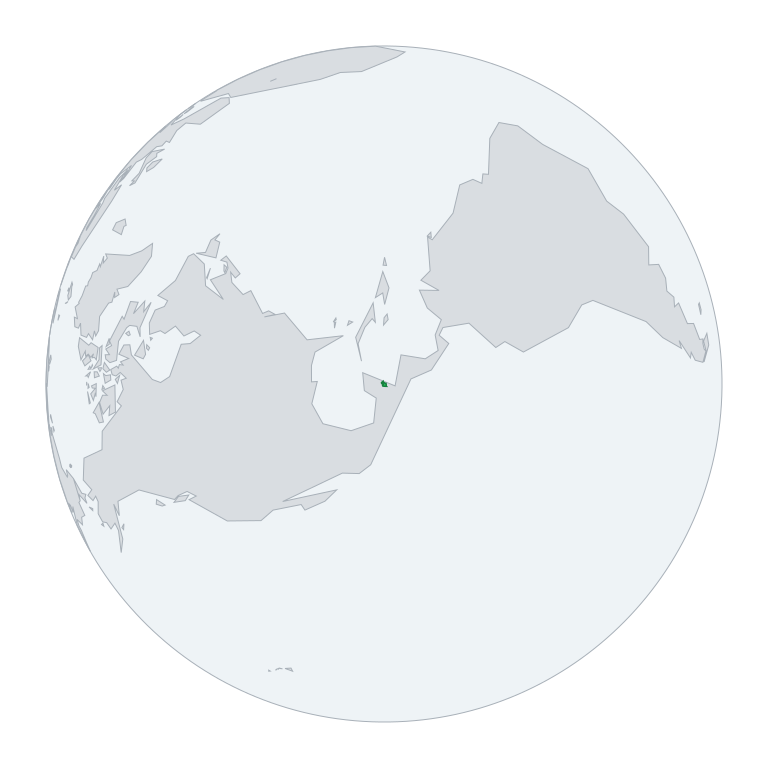 globe centered on Orange Walk, rotated 275°
{"feature_id": "BLZ-1326", "entity_name": "Orange Walk", "entity_type": "District", "adm_level": 1, "iso_a3": "BLZ", "parent_name": "Belize", "parent_adm1": "", "projection": "orthographic", "projection_center": [-88.77, 17.784], "detail": "fine", "context": "on_globe", "style": "filled", "palette": "green", "viewbox_px": 768, "rotation_deg": 275, "n_neighbors": 0, "source": "natural_earth", "source_scale": "10m", "svg_char_len": 9543}
<svg xmlns="http://www.w3.org/2000/svg" viewBox="0 0 768 768"><g transform="rotate(275 384 384)"><circle cx="384" cy="384" r="338" fill="#eef3f6" stroke="#a8b0b8"/><path d="M445.4,437.8L437.4,434.7L430.0,445.0L402.1,430.0L391.4,410.4L302.4,377.8L292.6,367.1L291.6,350.3L258.1,293.3L274.4,346.1L262.1,335.4L251.5,316.2L256.7,312.0L248.7,284.5L237.2,273.4L233.9,239.8L251.8,199.9L256.0,206.7L259.8,197.2L254.9,188.6L250.7,185.4L257.1,149.1L244.0,129.2L229.7,131.8L240.8,125.2L206.8,137.3L193.1,136.9L214.9,132.3L221.9,128.1L215.8,124.7L221.7,119.8L222.2,115.7L229.8,110.6L241.9,109.5L247.1,106.5L242.5,104.3L247.2,98.7L253.2,102.1L262.1,92.8L284.0,91.6L294.0,108.8L312.4,107.4L339.3,124.3L343.1,119.7L355.8,124.7L364.9,121.7L367.3,126.7L372.5,120.2L368.6,116.3L369.6,112.4L374.6,110.6L378.5,116.2L376.6,117.9L380.3,118.7L380.1,122.5L383.1,119.6L387.2,127.4L390.6,117.3L400.2,121.5L400.9,127.4L391.0,129.8L368.3,152.8L366.0,161.3L372.7,169.8L405.9,178.5L407.4,187.4L416.6,197.1L420.3,190.3L414.4,180.5L423.5,171.2L415.2,161.4L417.6,156.6L413.0,146.2L424.3,144.9L437.7,149.6L442.1,158.5L448.1,161.2L452.5,151.0L468.9,167.2L494.1,177.9L497.2,183.0L487.9,194.5L466.3,197.7L454.2,216.6L472.7,202.0L480.2,216.7L485.9,218.5L491.7,216.9L493.1,210.6L497.8,215.7L481.3,231.0L476.7,226.6L482.0,221.5L471.9,223.6L460.8,235.8L465.4,243.2L443.7,256.9L446.8,262.7L443.8,269.5L440.4,259.0L446.0,278.7L421.3,303.5L428.6,339.3L409.8,312.5L396.1,310.1L379.8,311.6L380.7,317.3L358.0,313.8L339.1,326.6L334.6,355.3L344.3,377.1L369.3,377.5L375.7,365.0L393.4,361.8L383.1,395.2L414.5,398.4L412.7,422.9L422.1,435.0L437.3,430.7L453.1,435.5L463.5,420.5L480.6,411.1L482.0,430.7L490.6,411.7L500.8,420.1L534.2,414.6L531.9,419.5L560.2,437.9L588.9,442.1L595.6,454.7L592.4,464.0L601.9,464.2L602.0,469.8L637.9,468.0L654.5,475.7L652.8,494.8L636.5,521.2L616.3,568.5L585.6,589.9L574.1,607.9L543.8,635.6L525.7,637.4L527.1,647.2L514.0,655.3L501.2,657.7L495.8,665.2L486.2,666.7L490.4,670.4L470.6,681.0L471.3,687.1L455.9,694.6L456.7,697.8L452.3,698.1L446.7,699.9L444.8,701.8L433.4,699.8L434.8,692.0L442.3,687.3L436.7,687.0L453.0,674.2L445.4,677.2L454.5,657.7L469.0,639.7L485.5,584.8L480.0,574.1L456.2,562.8L428.0,520.1L436.8,500.7L430.1,492.2L452.0,463.3L445.4,437.8ZM89.9,318.0L92.0,310.2L92.9,316.1L89.9,318.0ZM91.8,305.0L91.4,307.7L91.5,305.3L91.8,305.0ZM91.0,302.8L91.6,304.4L90.6,303.4L91.0,302.8ZM89.4,300.9L90.4,301.6L90.1,301.9L89.4,300.9ZM428.1,351.7L463.9,366.1L444.7,370.0L448.1,366.5L438.8,360.0L421.9,354.7L404.8,359.6L428.1,351.7ZM88.1,295.7L87.8,294.2L88.9,294.1L88.1,295.7ZM441.4,330.6L435.3,329.8L441.1,329.1L441.4,330.6ZM247.8,185.1L254.1,189.1L256.4,199.2L250.5,196.2L247.8,185.1ZM244.4,167.6L249.0,167.5L244.3,176.5L243.1,173.7L244.4,167.6ZM218.1,135.4L222.1,137.1L216.2,137.3L218.1,135.4ZM220.9,116.1L217.9,117.3L219.4,114.8L220.9,116.1ZM407.2,147.8L410.1,147.0L409.4,149.3L407.2,147.8ZM402.5,144.2L399.7,147.4L397.0,146.3L398.8,144.3L402.5,144.2ZM232.5,104.9L235.8,100.9L234.5,104.7L232.5,104.9ZM406.5,140.6L392.7,143.9L388.1,141.9L391.0,133.0L406.5,140.6ZM239.2,98.5L247.2,89.9L241.1,91.5L262.7,82.9L248.8,92.5L248.1,96.6L244.4,96.0L239.2,98.5ZM365.2,115.9L369.6,119.9L361.3,118.4L365.2,115.9ZM359.6,116.0L332.6,118.9L328.6,112.8L338.5,112.7L329.5,106.8L340.8,102.3L348.3,104.6L348.6,109.2L352.7,104.1L359.6,116.0ZM273.4,80.0L277.1,78.1L275.5,80.0L273.4,80.0ZM369.3,110.7L364.2,111.5L360.4,106.2L369.9,103.6L368.1,106.1L369.3,110.7ZM321.7,107.8L320.5,103.8L329.3,98.9L330.0,96.8L340.8,101.7L321.7,107.8ZM371.5,106.4L374.8,102.6L381.1,103.6L374.0,109.6L371.5,106.4ZM355.4,106.0L354.0,103.5L357.9,104.0L355.4,106.0ZM405.6,106.3L399.6,106.8L397.1,103.9L405.6,106.3ZM375.6,101.1L373.4,100.8L371.7,99.9L375.1,97.7L375.6,101.1ZM346.2,98.2L350.2,97.3L342.3,95.9L348.6,92.7L354.6,96.8L354.6,93.7L356.6,92.8L359.3,97.3L346.2,98.2ZM373.6,93.0L383.4,98.0L395.1,97.4L397.7,99.8L378.4,100.4L373.6,93.0ZM365.0,95.0L370.9,94.2L371.1,97.2L367.1,99.7L365.0,95.0ZM350.7,89.3L339.5,93.1L338.6,92.1L350.7,89.3ZM377.0,92.1L374.5,91.0L377.8,91.7L377.0,92.1ZM358.7,89.3L354.9,90.6L353.9,89.5L358.7,89.3ZM372.8,87.9L376.0,89.4L373.4,90.9L372.8,87.9ZM366.3,88.0L366.0,86.2L370.6,90.6L364.8,88.8L366.3,88.0ZM358.4,88.0L356.6,87.8L360.2,87.6L358.4,88.0ZM380.7,81.6L387.2,86.9L381.6,90.1L376.0,84.4L380.7,81.6ZM451.2,704.1L433.8,700.9L444.2,702.3L454.6,698.6L462.6,701.2L451.2,704.1ZM480.6,693.6L490.8,690.4L492.3,691.0L485.6,693.4L480.6,693.6ZM622.0,144.1L614.8,138.7L622.0,145.5L629.1,151.4L631.5,154.0L635.4,158.1L640.1,163.5L634.8,157.6L623.4,149.2L630.7,161.8L654.6,196.7L655.8,204.7L650.1,205.5L626.8,178.4L626.7,163.8L618.5,155.5L605.9,149.2L607.0,145.9L601.9,142.0L600.6,136.9L586.6,123.0L583.4,117.9L566.0,106.7L562.0,103.0L573.5,110.3L579.7,113.4L570.5,103.3L565.2,99.6L554.6,93.6L553.4,92.2L544.4,87.7L533.2,81.1L539.2,86.0L526.9,80.7L513.7,74.3L510.8,73.9L532.3,84.4L539.9,88.1L544.7,89.6L566.3,102.4L572.1,107.4L553.5,98.5L559.6,105.2L542.5,96.8L494.9,71.0L481.2,64.3L483.5,61.5L493.5,64.7L497.7,67.0L504.8,68.6L499.0,66.6L498.0,66.0L486.0,62.0L484.7,61.5L475.4,59.1L472.5,58.1L478.4,59.6L458.2,54.4L454.4,53.5L477.8,59.4L500.7,66.9L523.1,76.0L544.7,86.7L565.5,99.0L585.4,112.6L604.2,127.7L622.0,144.1ZM443.9,51.4L443.4,51.3L442.4,51.2L443.9,51.4ZM430.5,49.3L429.6,49.2L419.8,48.2L416.6,47.7L419.8,48.0L430.5,49.3ZM417.5,47.7L412.4,47.4L412.1,47.3L417.5,47.7ZM411.9,47.2L408.3,47.0L403.8,46.7L411.9,47.2ZM401.9,46.6L401.7,46.7L367.7,48.2L351.8,48.7L355.3,47.7L328.1,51.7L312.4,54.2L314.9,54.0L303.5,57.2L308.2,56.4L308.5,56.7L281.5,67.2L272.7,70.2L263.7,76.6L265.0,76.9L271.0,74.9L262.7,82.9L241.1,91.5L239.4,90.4L227.0,97.4L224.9,94.4L217.5,95.9L222.4,90.0L216.1,92.5L211.9,95.2L200.2,101.4L191.6,106.2L196.7,102.8L216.6,90.7L234.8,84.7L229.0,85.5L235.7,82.3L237.0,80.9L232.4,82.4L228.5,84.4L238.5,79.0L260.5,69.4L283.2,61.5L306.4,55.1L330.0,50.4L353.8,47.4L377.8,46.1L401.9,46.6ZM719.7,345.3L719.8,346.3L716.6,376.0L711.0,368.5L693.3,334.4L690.5,313.3L681.9,294.0L656.1,206.4L659.8,203.7L649.8,177.0L650.2,176.7L661.3,191.5L662.1,192.0L674.8,211.9L686.1,232.6L696.0,254.1L704.3,276.2L711.0,298.9L716.2,321.9L719.7,345.3ZM675.6,244.3L678.8,250.3L675.6,244.3ZM535.2,414.2L539.3,417.4L534.1,418.3L535.2,414.2ZM442.7,378.4L450.0,378.3L454.0,381.0L448.5,382.5L442.7,378.4ZM502.3,372.7L510.3,373.5L502.3,376.2L502.3,372.7ZM469.3,367.9L495.9,373.0L480.2,380.6L463.3,377.7L474.6,374.8L469.3,367.9ZM439.3,342.5L444.0,343.6L443.0,347.4L439.3,342.5ZM445.6,330.3L443.9,330.8L441.3,328.0L445.6,330.3ZM481.1,215.7L482.6,214.7L488.8,214.3L486.6,217.2L481.1,215.7ZM512.3,199.0L519.4,207.5L512.8,203.0L511.0,208.0L495.0,205.6L497.9,185.5L499.5,194.7L512.3,199.0ZM474.5,198.0L484.3,201.0L473.5,198.6L474.5,198.0ZM574.9,129.0L578.6,129.0L585.0,134.3L588.9,143.5L579.6,135.6L574.9,129.0ZM582.2,128.1L562.6,118.4L559.4,113.2L564.5,117.6L564.4,115.1L572.5,121.7L588.6,127.4L595.3,132.7L598.9,145.0L594.0,137.6L590.7,137.7L582.2,128.1ZM518.4,111.2L509.9,109.3L513.9,100.2L521.4,103.2L525.8,111.7L519.5,113.3L518.4,111.2ZM414.4,125.3L410.9,126.9L409.8,125.1L411.9,122.3L414.4,125.3ZM403.0,106.8L428.6,117.3L425.9,119.4L444.1,124.3L444.0,132.0L432.2,128.3L445.8,138.5L435.1,138.3L445.1,144.9L418.8,136.0L409.7,137.0L419.9,132.8L420.2,125.5L417.6,122.7L403.5,115.8L384.2,115.5L381.4,109.1L384.6,104.7L388.8,103.7L389.3,108.0L394.6,103.8L398.5,109.3L403.0,106.8ZM423.6,69.7L422.4,72.9L433.8,69.6L437.7,73.3L438.8,72.7L445.6,75.6L455.6,78.3L456.0,80.2L459.8,80.6L464.3,82.8L469.6,84.1L472.1,88.2L478.8,90.3L476.2,91.2L487.0,93.7L480.1,93.8L485.3,97.4L489.3,95.4L489.9,119.4L495.5,131.0L503.9,141.2L490.9,141.2L474.6,132.3L458.8,120.3L455.2,109.7L450.0,112.2L446.7,108.1L452.2,107.8L441.8,105.8L440.6,102.6L426.5,94.8L412.2,95.0L406.7,92.6L411.7,90.9L402.7,89.8L408.4,85.2L404.5,83.6L406.3,77.9L418.2,76.4L413.0,74.7L414.1,71.0L423.6,69.7ZM381.7,80.0L394.9,76.2L403.6,76.7L396.9,86.5L399.6,88.6L395.5,96.0L383.0,95.3L385.3,93.2L384.6,91.0L388.8,92.0L385.0,89.6L388.0,86.8L385.8,84.3L390.7,83.6L381.7,80.0ZM647.3,172.1L644.6,169.4L643.8,168.1L641.2,164.9L646.2,170.8L647.3,172.1ZM637.4,163.7L635.8,161.2L643.1,169.0L643.9,170.7L637.4,163.7ZM628.6,153.8L635.1,160.5L632.1,157.9L628.6,153.8ZM571.3,108.2L568.9,105.8L571.1,106.9L575.3,109.9L571.3,108.2ZM458.2,64.3L456.1,65.1L453.8,64.5L443.9,64.5L440.2,62.2L444.7,61.3L458.2,64.3ZM452.5,61.8L448.8,61.9L449.2,60.8L452.5,61.8ZM437.0,60.7L436.4,59.2L438.6,62.0L437.0,60.7ZM415.5,48.9L433.4,50.7L443.9,52.0L445.9,51.9L450.8,53.5L434.6,51.5L415.5,48.9ZM373.9,48.0L372.2,49.0L367.8,48.9L367.6,48.6L373.9,48.0ZM376.5,48.4L384.0,49.5L379.8,50.3L374.7,49.2L376.5,48.4ZM418.9,53.6L424.5,54.1L424.0,54.9L418.9,53.6ZM274.6,78.1L276.9,78.1L273.1,79.3L274.6,78.1ZM311.4,56.2L311.2,56.8L306.7,57.7L311.4,56.2ZM308.0,59.3L313.3,57.8L309.1,59.6L308.0,59.3ZM324.7,54.5L316.0,57.2L322.4,54.5L324.7,54.5Z" fill="#d9dde1" stroke="#a8b0b8" stroke-width="1"/><path d="M381.9,386.7L381.8,385.1L381.8,383.8L381.8,383.3L381.8,383.1L382.0,382.9L382.4,382.7L382.6,382.8L382.7,383.0L382.8,383.0L383.0,383.0L383.2,383.3L383.4,383.4L383.5,383.3L383.5,383.2L383.8,382.9L383.9,382.6L384.0,382.6L384.2,382.4L384.3,382.3L384.3,382.1L384.4,381.8L384.5,381.8L384.4,381.7L384.6,381.6L384.8,381.4L385.3,381.4L385.5,381.6L386.0,382.2L386.7,382.9L385.5,383.2L385.2,383.4L385.1,383.5L385.2,383.8L385.1,384.0L385.1,384.3L385.2,384.5L384.9,384.7L384.8,384.8L384.7,385.0L384.8,385.9L384.7,385.9L384.6,386.0L384.4,386.0L384.2,386.1L383.9,386.2L383.7,386.2L383.4,386.2L383.3,386.3L383.2,386.3L382.5,386.4L382.4,386.4L382.0,386.6L381.9,386.7Z" fill="#22c55e" stroke="#15803d" stroke-width="1.5"/></g></svg>